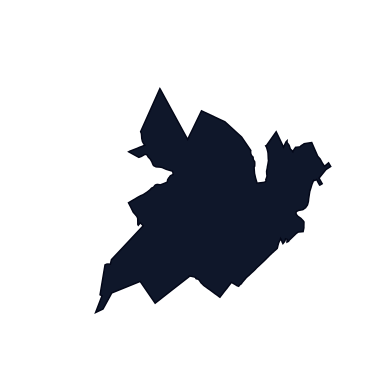 the district of Santa María Atzompa, Oaxaca, Mexico, rotated 66°
{"feature_id": "50627088B80328221498252", "entity_name": "Santa María Atzompa", "entity_type": "district", "adm_level": 2, "iso_a3": "MEX", "parent_name": "Mexico", "parent_adm1": "Oaxaca", "projection": "mercator", "projection_center": [-96.781, 17.085], "detail": "fine", "context": "isolated", "style": "filled", "palette": "ink", "viewbox_px": 384, "rotation_deg": 66, "n_neighbors": 0, "source": "geoboundaries", "source_scale": "gbopen_adm2", "svg_char_len": 4838}
<svg xmlns="http://www.w3.org/2000/svg" viewBox="0 0 384 384"><g transform="rotate(66 192 192)"><path d="M237.4,69.7L231.0,70.3L226.0,60.5L225.1,54.9L220.9,55.4L222.4,60.5L218.3,61.2L214.0,61.5L210.5,62.6L209.3,62.6L195.5,62.5L193.5,69.9L193.7,70.8L193.8,71.0L193.9,72.1L194.1,73.5L194.2,73.8L194.6,74.7L194.7,75.1L193.3,79.3L193.7,79.8L194.5,81.2L195.3,82.3L196.0,83.2L196.3,83.5L195.8,83.6L195.0,83.7L193.5,84.4L192.9,84.6L192.6,84.7L191.8,84.6L190.1,84.4L189.7,84.4L188.8,84.3L187.6,84.6L186.9,84.7L185.9,85.0L185.6,85.0L185.3,85.0L184.8,84.8L183.9,84.3L184.0,84.6L184.1,84.9L184.3,85.3L184.5,85.8L188.3,90.2L185.2,90.2L171.2,90.6L179.8,105.0L179.8,105.9L181.6,105.7L183.7,106.0L185.7,106.3L187.3,106.7L189.9,107.7L192.9,108.9L194.3,109.3L195.7,110.2L198.0,111.7L199.2,112.6L200.7,113.5L202.1,114.5L203.3,115.4L205.9,116.4L208.0,117.0L209.7,118.5L210.6,119.5L211.5,119.7L212.3,120.2L212.6,121.8L210.4,129.0L208.6,128.7L206.2,128.4L204.8,128.2L203.9,128.0L200.4,127.3L195.7,125.6L195.2,125.5L194.9,125.2L194.2,125.0L193.9,124.2L191.6,123.1L190.6,122.7L189.6,122.4L188.0,122.8L187.3,122.7L187.2,122.7L185.8,122.4L185.7,122.3L185.0,122.0L184.8,122.3L182.3,122.8L181.3,122.7L181.1,122.8L178.9,122.0L178.0,121.4L162.0,124.3L141.2,133.4L137.1,137.0L121.7,150.3L136.5,167.8L138.2,169.9L142.2,174.6L85.1,179.2L84.5,179.3L116.0,214.4L117.6,214.4L119.1,214.8L122.6,216.1L125.6,216.7L127.2,216.6L128.6,216.4L130.0,216.0L130.0,217.3L130.0,219.2L129.8,221.7L129.8,224.5L129.6,228.1L129.4,232.4L129.5,233.5L138.7,226.5L138.8,225.7L138.9,223.7L138.7,222.1L138.6,220.8L138.4,220.0L139.1,218.6L140.2,217.9L142.1,217.8L145.1,216.7L148.2,216.4L150.4,216.5L152.2,216.4L154.4,214.6L155.2,213.1L156.3,211.0L157.5,209.3L159.5,207.5L160.8,206.3L162.9,203.9L164.8,201.6L166.1,201.4L168.4,202.1L168.3,203.6L168.4,205.2L169.2,206.5L169.4,206.8L169.7,207.6L170.3,208.4L170.8,209.2L172.7,210.4L172.9,211.4L172.8,214.7L172.6,218.0L171.0,220.5L170.8,221.3L170.7,222.6L170.9,223.2L172.0,225.2L172.0,227.4L172.9,229.4L173.8,232.9L174.1,234.8L174.4,236.5L174.6,238.2L174.5,240.2L174.6,241.6L174.8,244.1L175.2,247.0L175.4,249.2L176.0,254.4L181.0,254.1L186.6,253.9L189.1,253.1L191.9,252.3L193.9,252.3L197.3,253.7L199.6,254.7L200.5,254.6L199.1,251.7L203.0,250.3L215.5,279.9L221.0,293.1L224.3,295.6L224.8,296.0L224.2,297.0L223.6,298.1L223.2,299.3L223.2,301.1L248.5,317.8L250.2,316.4L262.9,329.1L262.7,320.9L253.7,309.1L251.6,306.4L252.6,275.7L278.6,270.9L273.4,250.2L268.2,229.2L267.6,228.7L268.6,227.1L269.0,226.5L270.0,225.2L270.4,224.5L271.3,223.8L271.7,223.5L272.0,223.5L272.6,223.6L272.9,223.5L273.3,223.0L273.8,222.3L274.1,221.9L275.0,221.4L275.6,221.2L278.9,220.6L280.2,220.0L280.3,219.9L281.0,219.7L281.7,219.5L282.3,219.2L283.2,218.7L283.8,218.3L286.5,216.8L288.6,215.5L289.5,215.0L290.2,214.6L291.6,213.8L291.8,213.7L294.7,212.1L295.1,211.8L296.0,211.3L296.8,210.8L298.7,209.8L299.5,209.3L299.3,208.9L299.1,208.6L298.7,207.9L298.5,207.5L297.9,206.4L297.4,205.4L297.1,204.9L296.8,204.4L296.4,203.6L296.2,203.3L295.7,202.3L295.6,202.2L295.3,201.4L295.1,201.2L294.6,200.2L294.5,199.9L294.1,199.1L293.8,198.7L293.4,197.9L292.5,196.3L291.8,195.0L291.5,194.4L290.6,192.7L294.2,190.1L295.9,189.0L296.3,188.6L296.8,188.0L297.1,187.7L296.7,187.1L296.2,185.9L295.9,184.3L295.7,183.9L295.1,183.1L294.9,182.7L294.8,182.4L294.7,182.3L294.0,180.7L293.7,180.2L293.5,179.7L293.4,179.6L293.2,179.0L292.5,177.7L292.4,177.4L292.2,177.0L292.0,176.3L291.7,175.4L291.2,173.6L290.8,172.7L290.7,172.2L290.5,171.7L290.2,170.9L289.9,170.0L289.5,168.7L288.9,167.0L288.4,165.7L288.1,165.0L287.7,164.2L287.5,163.7L287.4,163.2L287.2,162.9L286.9,161.8L286.6,160.9L286.1,159.5L285.3,157.2L284.8,155.7L284.5,154.9L284.3,154.3L283.8,152.9L283.6,152.5L283.5,152.1L282.8,150.4L282.3,149.0L281.9,148.1L281.2,146.2L281.0,145.8L280.9,145.2L280.7,144.7L280.3,143.7L279.9,142.3L279.8,141.9L279.3,140.7L279.0,139.5L278.8,138.9L278.5,138.1L278.4,137.7L278.3,137.4L278.1,137.0L277.8,136.8L277.1,136.2L276.1,135.5L274.9,134.5L273.8,133.6L273.3,133.1L273.2,132.9L272.9,132.7L272.5,132.2L271.8,131.1L271.3,130.6L270.8,130.2L270.5,130.0L271.0,129.9L271.6,129.8L272.3,129.8L272.8,129.9L273.5,129.9L274.4,130.0L275.1,130.0L275.8,129.9L276.1,129.9L275.3,128.3L274.8,127.4L274.3,126.8L274.0,126.6L272.8,125.6L273.3,125.1L273.6,124.6L273.8,124.4L274.1,124.4L274.3,124.3L274.5,124.5L275.1,125.0L275.7,125.3L276.4,125.6L276.3,123.8L275.6,122.9L275.1,121.4L272.3,113.7L271.8,111.3L273.4,106.6L270.3,104.4L268.7,103.7L264.9,101.9L263.7,102.1L260.3,103.3L257.2,105.2L255.0,105.8L253.2,105.6L252.3,104.3L252.2,102.2L253.2,97.9L252.5,94.5L252.3,94.3L250.9,91.9L250.0,91.1L247.8,89.4L245.5,88.1L240.8,85.1L239.3,84.1L236.6,81.7L233.9,79.4L231.9,77.3L231.3,76.7L230.7,75.8L231.4,75.3L231.4,75.2L231.3,73.3L231.3,73.1L234.5,72.9L237.6,72.6L237.7,72.2L237.4,69.7Z" fill="#0f172a" stroke="#020617" stroke-width="1.5"/></g></svg>